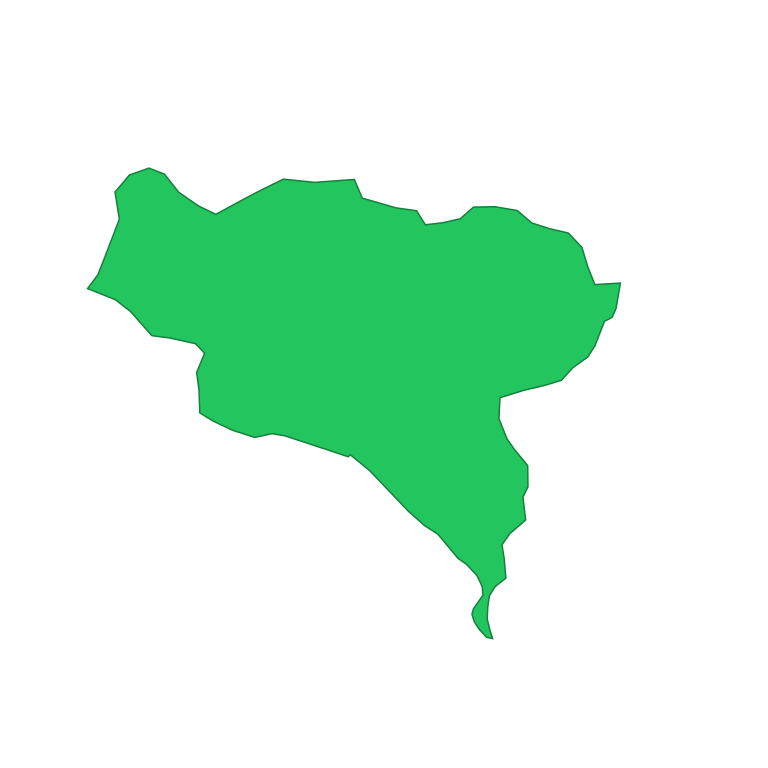 the district of Boseong-gun, South Jeolla, South Korea, rotated 73°
{"feature_id": "91817680B27152027053647", "entity_name": "Boseong-gun", "entity_type": "district", "adm_level": 2, "iso_a3": "KOR", "parent_name": "South Korea", "parent_adm1": "South Jeolla", "projection": "orthographic", "projection_center": [127.199, 34.814], "detail": "fine", "context": "isolated", "style": "filled", "palette": "green", "viewbox_px": 768, "rotation_deg": 73, "n_neighbors": 0, "source": "geoboundaries", "source_scale": "gbopen_adm2", "svg_char_len": 1262}
<svg xmlns="http://www.w3.org/2000/svg" viewBox="0 0 768 768"><g transform="rotate(73 384 384)"><path d="M179.7,352.6L170.9,391.3L158.7,420.3L162.4,443.7L166.1,463.4L172.6,495.2L159.5,509.3L140.7,524.2L119.1,532.6L108.8,545.7L109.7,566.3L121.8,585.1L149.0,588.9L178.0,611.5L195.8,625.6L206.1,639.6L224.9,616.2L240.9,605.0L269.9,591.9L277.2,575.8L290.4,552.4L302.1,546.6L318.2,559.8L335.8,562.7L357.8,568.6L369.5,558.3L384.1,542.2L397.3,523.2L398.8,505.6L404.6,493.9L443.0,439.6L442.0,436.8L462.6,423.1L512.8,397.9L531.2,386.7L543.4,376.4L561.2,368.9L572.4,364.2L580.8,357.7L594.5,351.1L606.5,349.3L614.9,351.1L625.1,364.2L629.9,367.2L637.7,367.2L646.1,364.8L656.2,360.0L659.2,354.6L649.6,354.6L638.8,354.0L627.5,349.9L617.3,345.1L610.1,336.7L605.3,324.2L585.5,320.0L572.3,318.2L563.9,307.5L555.5,288.3L532.8,284.2L524.4,276.4L504.0,270.4L483.7,278.8L472.3,282.4L450.8,284.2L431.0,277.1L430.9,252.6L432.3,230.7L432.3,213.2L423.6,198.6L417.7,181.1L408.9,170.9L388.5,154.8L387.1,146.5L379.6,140.0L356.6,128.4L350.6,153.3L331.6,154.8L311.2,154.8L293.6,163.5L283.4,181.0L273.2,195.6L257.1,205.8L246.8,226.3L241.0,246.7L248.3,262.8L246.8,281.8L243.8,297.9L227.8,302.2L219.0,321.2L199.9,350.4L179.7,352.6Z" fill="#22c55e" stroke="#15803d" stroke-width="1.5"/></g></svg>